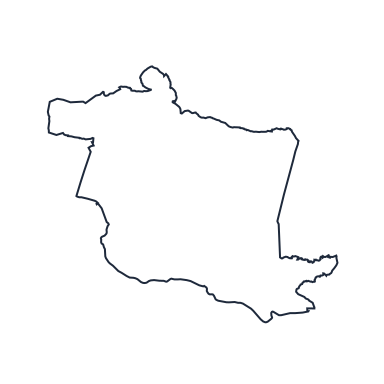 Poncitlán, Jalisco, Mexico (Albers equal-area conic projection), rotated 188°
{"feature_id": "50627088B14404540858707", "entity_name": "Poncitlán", "entity_type": "district", "adm_level": 2, "iso_a3": "MEX", "parent_name": "Mexico", "parent_adm1": "Jalisco", "projection": "albers", "projection_center": [-102.942, 20.264], "detail": "fine", "context": "isolated", "style": "outline", "palette": "slate", "viewbox_px": 384, "rotation_deg": 188, "n_neighbors": 0, "source": "geoboundaries", "source_scale": "gbopen_adm2", "svg_char_len": 5899}
<svg xmlns="http://www.w3.org/2000/svg" viewBox="0 0 384 384"><g transform="rotate(188 192 192)"><path d="M93.8,254.2L93.9,256.7L93.6,257.4L96.5,259.8L97.9,261.8L101.3,265.5L101.9,266.6L101.9,266.9L102.3,267.1L102.2,266.9L103.6,267.7L103.6,268.1L105.6,268.6L107.0,268.3L106.9,267.6L107.3,267.3L108.5,266.7L109.9,266.5L111.0,266.9L112.8,266.7L112.8,267.1L113.0,267.1L113.4,266.8L113.5,266.3L115.6,266.5L117.1,266.9L119.6,265.3L121.3,265.0L121.3,264.7L120.9,264.5L121.3,263.8L121.3,263.0L122.5,263.0L122.6,263.4L123.2,263.0L125.5,263.1L126.5,262.2L127.0,262.0L128.4,261.7L131.8,261.3L133.7,260.7L137.0,260.6L139.2,260.2L141.5,260.5L142.3,260.3L145.5,261.2L146.4,260.8L147.1,261.4L148.1,261.3L148.4,261.6L149.2,261.6L149.6,262.1L150.4,262.0L151.2,262.2L152.7,262.0L153.4,262.5L153.6,262.2L154.6,262.5L159.6,262.0L160.5,261.5L163.0,261.7L164.8,262.2L168.7,265.0L173.1,265.6L175.0,266.7L177.7,266.9L180.9,267.8L181.8,267.9L182.2,268.2L182.8,268.4L183.2,268.3L184.5,268.7L186.9,268.1L188.8,267.0L191.1,267.3L192.5,267.0L193.8,267.2L195.8,268.2L196.3,268.6L196.7,269.4L198.8,270.6L199.3,271.2L199.8,271.2L202.2,270.2L203.1,270.2L206.4,271.9L207.3,272.1L210.5,271.1L213.0,268.3L214.1,268.5L215.0,272.4L215.5,273.3L216.5,274.5L220.8,277.1L223.3,278.0L223.7,278.3L223.7,279.1L223.3,279.4L222.2,279.5L221.8,279.8L221.3,279.4L220.4,282.1L220.3,283.3L221.1,285.3L221.5,285.7L221.8,287.8L223.4,290.0L225.2,291.4L226.5,292.2L227.3,292.2L227.6,291.9L228.1,292.2L228.1,295.7L228.4,296.2L228.6,297.8L230.0,299.7L229.9,299.9L232.1,303.0L231.9,303.2L234.2,305.2L235.8,302.9L236.1,304.0L237.2,305.0L240.6,306.6L243.5,309.3L246.5,309.7L248.2,310.3L248.7,310.8L249.1,310.8L250.4,310.3L253.3,308.0L254.5,306.5L255.5,305.8L257.1,303.7L258.7,300.5L259.1,299.4L259.3,298.0L259.1,297.4L258.5,297.0L258.0,295.2L257.6,294.8L257.4,293.5L257.0,293.0L256.2,292.5L255.4,290.4L254.8,290.3L252.7,289.1L249.5,288.0L247.0,287.7L247.0,287.3L249.9,285.8L251.7,285.4L253.5,285.4L254.8,284.5L259.4,284.3L260.2,284.0L261.4,283.9L262.7,284.3L265.2,284.0L266.2,284.1L266.7,285.6L267.3,285.9L268.1,286.0L268.1,286.5L270.3,286.5L271.4,287.0L273.9,286.8L274.9,286.5L276.6,286.6L277.4,286.4L278.6,285.5L278.2,285.2L277.4,283.8L280.8,281.5L283.8,278.7L286.3,278.2L287.2,277.8L288.7,276.0L290.7,275.2L291.6,275.4L292.4,276.0L293.2,277.5L293.2,278.5L293.7,278.8L294.1,278.8L296.7,275.5L300.6,274.1L309.8,265.2L312.3,266.3L313.2,266.2L324.8,263.9L332.3,265.4L338.4,265.6L345.4,261.5L345.9,251.3L344.6,247.8L343.7,246.9L343.7,244.6L343.1,242.3L343.1,235.1L342.4,233.2L342.0,231.0L334.2,229.6L328.0,232.5L326.6,231.1L325.2,230.7L322.6,230.8L322.6,230.1L319.2,230.3L315.8,229.9L311.8,230.0L310.3,229.3L310.2,228.8L310.2,229.9L308.1,229.4L306.6,229.8L304.7,229.3L299.8,230.5L298.0,231.7L297.1,231.5L296.9,227.5L298.0,227.4L295.9,224.3L298.4,223.3L300.6,221.4L297.9,217.7L301.6,198.2L303.7,186.0L305.9,171.9L305.2,171.5L304.1,171.3L302.9,171.1L300.7,171.4L294.3,170.8L287.2,169.8L285.6,169.3L283.8,168.1L284.9,167.0L284.6,166.6L283.8,167.8L279.2,163.3L272.3,150.4L270.5,149.3L269.9,148.2L270.8,146.5L271.3,143.7L271.4,142.7L270.9,140.7L270.8,139.6L271.1,138.6L272.5,136.6L274.7,135.3L275.4,134.6L275.8,133.7L275.7,133.0L275.3,132.4L275.0,129.6L274.3,128.4L272.7,127.7L271.5,125.0L270.3,123.3L268.9,116.2L268.0,114.5L264.8,110.9L263.3,109.8L260.0,108.0L254.0,103.5L250.5,102.2L245.0,99.7L241.8,98.6L238.0,98.9L236.0,98.7L233.9,98.1L229.9,95.7L227.9,95.2L226.6,95.2L225.0,95.6L224.1,96.1L222.3,97.8L220.6,98.7L217.3,99.5L212.0,99.6L207.6,100.1L205.3,99.6L204.6,99.7L204.1,100.0L201.3,102.8L200.4,103.3L197.2,103.0L194.2,103.4L191.3,104.0L184.9,104.0L181.0,103.6L171.8,100.6L167.7,100.1L166.9,100.7L164.4,99.4L163.7,98.2L163.6,96.1L162.6,94.7L161.4,93.5L160.1,93.1L157.9,93.5L157.0,93.4L155.8,92.3L153.7,89.1L152.9,88.6L150.9,88.0L142.5,87.6L139.9,87.9L134.4,89.0L131.1,88.7L128.5,89.0L126.1,88.6L117.3,84.7L114.8,82.9L106.3,75.5L103.5,73.7L101.4,73.2L100.5,73.3L99.0,74.1L95.9,77.4L95.3,78.3L95.2,78.9L96.2,80.8L96.7,83.2L96.2,84.4L95.6,84.8L94.8,84.7L88.7,82.1L86.6,82.4L78.0,85.7L73.0,86.4L65.6,88.0L60.2,89.9L60.1,90.2L61.2,90.0L61.7,92.8L54.6,93.7L54.7,94.6L54.9,94.6L55.0,95.0L55.5,96.1L57.1,99.1L61.0,100.8L61.5,101.5L62.1,101.8L64.6,102.4L66.1,103.7L72.6,105.6L75.0,107.7L75.0,109.6L74.8,110.4L74.4,110.8L73.0,111.5L72.7,113.4L71.7,114.9L71.6,115.5L70.1,116.2L69.9,117.6L69.2,118.0L68.9,118.9L68.2,118.9L67.5,119.5L66.8,119.4L66.4,119.9L65.7,119.5L64.6,120.2L62.2,119.7L61.3,120.0L60.3,119.5L59.0,120.1L58.4,120.1L58.1,120.3L58.4,120.7L58.3,121.0L58.0,121.2L58.3,122.2L58.0,122.6L57.8,124.0L57.3,124.5L57.4,124.8L56.3,125.8L55.2,126.0L54.5,126.3L54.0,126.3L53.7,125.9L53.4,126.0L53.1,127.2L51.8,127.3L50.7,127.9L50.4,128.4L50.7,129.7L50.0,129.7L49.7,129.3L49.0,129.1L48.9,128.9L47.4,127.8L47.3,128.5L46.8,128.8L44.5,129.4L44.3,129.9L42.9,131.1L42.6,131.8L42.2,133.7L40.6,136.2L38.9,139.4L38.1,142.1L39.9,147.0L39.8,148.0L40.3,149.1L43.6,147.2L45.7,147.1L46.0,146.2L47.0,146.2L47.4,146.5L47.7,148.3L48.1,148.4L48.8,146.9L49.3,147.3L50.7,146.3L51.3,146.1L52.5,146.2L53.5,146.8L53.7,146.4L53.3,145.3L53.6,145.0L54.2,145.8L55.2,145.5L55.3,145.7L55.5,145.5L55.8,144.3L55.3,143.4L56.2,142.0L56.9,141.6L58.1,141.9L58.6,141.7L59.9,141.9L60.0,142.2L60.4,142.1L60.5,141.7L61.4,141.9L61.4,140.7L61.8,139.4L62.9,138.7L63.7,139.7L64.4,139.9L64.8,139.9L65.3,139.3L65.5,139.2L65.5,138.9L66.2,138.8L67.1,139.0L67.5,139.5L67.1,140.3L68.5,141.1L69.6,140.8L69.7,141.0L70.4,141.1L70.5,140.6L71.4,140.3L71.6,140.5L72.9,140.4L74.0,140.6L73.8,141.4L74.2,141.7L75.8,141.5L76.2,141.1L77.2,140.8L77.2,140.4L77.6,140.2L77.4,140.0L77.6,139.8L78.3,139.7L77.7,141.6L77.7,142.3L80.7,142.9L82.3,142.2L83.5,142.5L84.4,141.2L83.8,140.5L83.9,140.2L85.8,140.0L87.4,140.4L88.3,140.9L90.1,141.0L92.4,139.8L93.0,139.0L93.6,138.7L94.0,138.7L95.7,139.5L101.7,172.3L102.7,173.7L103.4,175.0L100.6,202.3L96.2,237.8L95.3,246.6L93.8,254.2Z" fill="none" stroke="#1e293b" stroke-width="2"/></g></svg>